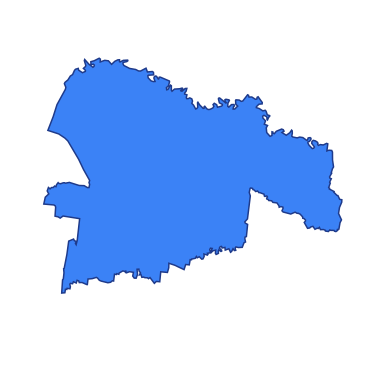 Kota Jakarta Selatan, Jakarta Raya, Indonesia (Albers equal-area conic projection), rotated 279°
{"feature_id": "22746128B93686700937380", "entity_name": "Kota Jakarta Selatan", "entity_type": "district", "adm_level": 2, "iso_a3": "IDN", "parent_name": "Indonesia", "parent_adm1": "Jakarta Raya", "projection": "albers", "projection_center": [106.81, -6.284], "detail": "fine", "context": "isolated", "style": "filled", "palette": "blue", "viewbox_px": 384, "rotation_deg": 279, "n_neighbors": 0, "source": "geoboundaries", "source_scale": "gbopen_adm2", "svg_char_len": 6018}
<svg xmlns="http://www.w3.org/2000/svg" viewBox="0 0 384 384"><g transform="rotate(279 192 192)"><path d="M264.2,300.1L263.6,298.3L261.4,297.9L261.0,297.2L263.1,293.0L263.1,289.8L261.9,287.4L262.1,283.0L262.8,281.8L265.7,281.9L268.1,281.4L268.7,280.7L265.8,279.3L262.8,276.2L264.8,271.5L266.5,273.4L267.8,272.4L268.2,270.7L265.2,265.8L262.5,264.2L262.6,262.9L263.9,262.5L264.0,261.6L260.3,262.1L259.2,260.4L262.4,256.5L267.0,255.3L269.5,256.2L270.3,252.8L273.8,253.5L276.1,250.5L277.9,249.9L279.0,251.1L278.1,253.7L277.2,254.4L275.4,254.7L275.0,255.3L277.7,256.0L279.0,256.9L279.6,256.8L280.0,254.3L283.4,252.5L284.2,251.5L283.2,249.3L284.9,245.5L285.4,242.3L286.4,242.3L289.2,244.4L290.0,247.5L291.4,247.4L296.4,242.4L295.7,241.5L294.0,241.5L293.5,240.1L295.2,236.2L294.7,233.4L296.4,232.7L296.7,231.7L289.8,227.9L289.2,226.4L290.2,224.2L289.9,221.0L289.3,220.7L285.6,221.5L284.0,223.7L280.6,221.2L280.4,219.6L282.7,219.7L283.7,220.5L285.0,219.8L284.5,217.3L281.6,215.1L282.2,213.9L285.2,213.6L288.3,214.6L288.8,214.1L288.9,211.0L288.3,210.1L286.8,210.5L285.5,211.9L285.2,211.5L289.2,204.6L288.8,203.6L288.1,203.5L284.3,205.1L283.3,208.3L282.3,208.4L281.4,207.7L279.7,203.9L282.1,202.7L283.1,200.1L281.6,199.1L280.0,200.2L278.2,199.4L276.4,196.8L276.0,195.0L276.5,193.6L278.7,191.2L278.3,190.7L276.6,190.8L276.3,190.0L279.1,186.1L281.6,183.8L281.0,183.5L276.6,184.4L275.1,183.6L274.6,182.6L278.0,180.0L279.5,178.0L281.9,178.3L284.0,177.2L284.6,175.1L283.6,173.6L283.4,172.1L284.4,171.6L287.2,171.8L287.6,169.4L288.7,169.3L290.5,170.4L293.5,170.7L293.2,169.1L290.0,166.4L290.0,165.4L290.6,165.0L292.2,166.6L292.8,166.6L293.1,166.0L292.0,163.5L290.9,158.6L288.4,156.5L289.3,155.7L293.7,155.0L294.2,154.0L289.5,152.2L289.0,151.0L291.1,150.4L293.1,152.1L297.3,152.6L298.1,152.3L300.5,142.7L300.3,141.7L298.6,141.5L298.3,141.0L300.7,138.9L300.9,138.0L300.0,136.8L298.6,136.5L295.4,138.2L295.0,136.6L295.3,134.3L297.8,130.9L299.9,130.2L300.5,130.6L301.7,135.8L304.2,135.2L304.8,134.0L303.6,129.2L307.1,127.2L303.4,122.2L303.2,120.2L304.2,117.2L304.3,111.0L306.3,104.9L307.8,103.8L309.2,103.7L310.6,107.2L311.6,108.1L312.2,107.8L311.3,103.6L309.2,100.6L309.4,100.0L311.3,99.7L310.9,98.0L309.0,95.3L305.5,92.6L308.5,88.9L308.4,85.2L306.1,81.0L308.9,80.7L309.6,79.4L306.3,74.8L304.9,71.7L302.4,72.2L302.2,72.9L302.8,74.6L302.0,75.7L300.6,75.5L299.7,74.6L302.1,70.2L306.1,65.3L304.9,65.1L300.4,67.3L299.2,67.1L297.1,65.4L295.5,67.7L294.4,67.8L292.7,65.1L294.6,61.0L296.3,60.3L295.0,57.7L293.7,56.9L289.3,55.7L287.5,53.7L283.3,51.9L280.4,49.4L279.0,49.0L275.7,51.0L273.7,50.9L257.2,45.0L244.6,43.1L230.3,40.0L228.5,51.3L225.4,58.0L223.0,61.4L206.6,74.9L197.0,81.5L187.4,89.1L185.1,88.8L183.6,89.7L180.3,89.6L180.2,89.2L180.0,88.0L181.4,84.5L180.8,79.5L182.3,69.4L180.9,65.6L181.2,64.6L180.9,63.3L179.6,60.9L179.7,59.0L180.3,58.3L178.1,57.1L176.0,56.8L176.4,55.4L174.8,54.3L174.4,52.5L172.9,51.3L174.0,49.5L170.4,48.8L167.7,50.8L163.9,47.9L156.9,47.5L157.6,57.6L156.9,59.1L155.7,59.7L146.7,60.5L146.5,63.7L145.6,65.9L148.1,68.4L148.1,85.2L126.4,86.2L121.9,85.8L123.0,84.9L125.2,85.5L125.4,83.5L127.0,82.4L124.2,77.9L110.8,78.2L96.6,77.7L96.2,77.2L92.1,78.2L86.0,78.5L85.0,77.9L71.8,79.1L72.6,82.2L76.1,82.2L76.2,83.6L77.3,83.7L77.3,86.6L79.4,86.7L81.8,85.7L82.7,86.2L82.7,88.4L84.8,88.9L84.0,91.9L86.8,92.3L86.5,94.0L84.9,94.8L85.4,97.6L84.1,102.6L84.2,103.1L89.8,102.9L90.8,107.0L92.7,110.9L92.2,112.2L90.3,114.3L89.8,116.2L89.2,123.1L90.1,125.7L91.9,127.3L91.8,128.5L98.7,128.3L98.7,130.3L99.6,130.5L99.3,132.6L100.5,132.7L103.2,136.0L103.1,138.1L102.6,138.5L104.1,139.1L102.1,139.2L101.9,139.9L103.5,142.7L103.5,146.7L99.7,146.6L97.9,148.4L98.1,150.3L102.1,151.1L107.1,149.8L107.5,151.6L105.8,152.0L104.2,153.7L101.9,153.1L102.6,154.4L99.9,155.8L100.4,157.6L100.0,158.7L100.3,161.4L99.6,162.6L100.9,163.9L95.9,169.1L98.1,170.8L98.3,174.2L108.3,173.6L108.7,180.3L113.5,180.9L118.0,180.3L117.0,186.3L114.1,196.3L119.4,197.1L119.6,200.7L124.9,200.8L125.0,202.1L125.7,202.1L127.0,205.6L129.0,206.4L127.8,207.4L129.2,209.3L127.2,212.1L127.6,213.3L130.2,214.1L132.6,213.5L132.1,217.1L133.0,217.5L133.9,216.8L134.9,219.9L137.9,218.5L139.4,219.0L139.4,220.8L136.7,220.1L135.3,220.5L137.2,221.9L138.3,224.5L135.1,224.7L134.1,225.6L135.5,227.7L137.9,227.2L138.9,227.5L137.8,229.9L138.3,230.6L139.1,230.4L140.8,227.8L141.9,228.1L142.9,229.3L142.8,229.8L141.4,230.5L142.4,233.2L139.8,233.9L141.7,237.3L138.5,239.5L139.4,240.4L142.4,241.4L140.8,243.0L141.2,244.3L143.4,243.4L144.6,244.0L144.4,246.5L145.2,250.3L150.0,251.3L151.0,252.7L154.1,251.5L155.7,251.4L156.5,252.7L168.7,252.0L169.6,249.5L170.7,248.8L174.1,251.0L197.3,250.2L200.5,248.6L204.7,248.8L205.2,249.5L205.0,251.3L203.9,251.8L203.7,253.1L202.4,254.8L203.2,256.7L201.8,258.2L202.0,259.1L201.1,263.5L199.3,264.1L199.0,264.7L199.7,266.0L199.5,267.0L198.9,267.3L197.5,266.7L196.7,267.1L196.5,268.4L195.6,269.1L195.8,272.0L194.4,273.5L194.5,277.6L192.0,280.0L190.6,280.5L191.5,282.1L191.3,284.1L190.1,284.5L187.5,283.8L186.5,285.1L185.7,293.0L188.2,297.0L187.4,299.0L187.6,300.3L187.0,302.3L184.8,305.1L183.4,305.5L183.2,307.0L182.0,308.5L181.0,308.6L179.5,307.6L174.2,311.8L174.9,313.9L176.0,314.7L177.0,316.8L174.4,319.3L175.8,321.3L175.7,322.4L177.0,323.3L174.9,324.8L175.5,327.7L175.0,329.7L174.3,329.9L174.3,332.9L176.1,334.1L175.8,334.9L176.3,338.3L175.6,338.8L175.4,340.3L176.9,341.9L177.7,341.5L178.3,342.9L184.8,343.0L187.9,344.0L193.7,340.1L199.8,340.1L205.4,341.5L207.8,341.2L207.9,339.0L211.3,336.7L211.4,335.6L214.0,332.1L214.7,332.3L216.4,327.2L217.2,327.3L217.7,326.3L222.4,327.2L223.2,326.4L226.9,327.5L227.3,326.0L228.4,325.5L232.4,327.0L232.6,326.5L237.0,327.1L238.9,327.9L245.6,325.8L253.4,324.5L254.9,323.5L254.7,320.7L253.7,318.8L260.8,318.6L261.1,317.4L259.0,314.3L258.9,311.3L257.8,309.7L258.4,308.8L259.8,308.8L260.8,308.1L261.8,305.9L262.0,303.7L260.7,302.6L258.8,302.6L255.6,305.9L254.3,305.3L253.7,304.0L256.5,300.3L258.7,298.7L259.6,298.7L260.3,300.1L262.5,301.2L263.7,301.1L264.2,300.1Z" fill="#3b82f6" stroke="#1e3a8a" stroke-width="1.5"/></g></svg>